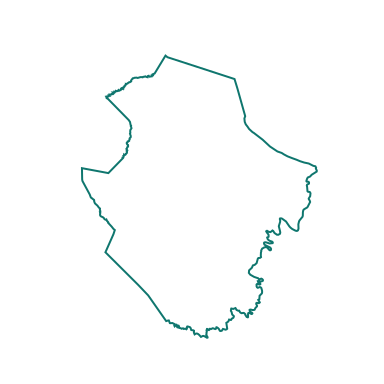 Namwala, Southern, Zambia, rotated 134°
{"feature_id": "96606910B54328368707661", "entity_name": "Namwala", "entity_type": "district", "adm_level": 2, "iso_a3": "ZMB", "parent_name": "Zambia", "parent_adm1": "Southern", "projection": "equal_earth", "projection_center": [26.749, -15.957], "detail": "fine", "context": "isolated", "style": "outline", "palette": "teal", "viewbox_px": 384, "rotation_deg": 134, "n_neighbors": 0, "source": "geoboundaries", "source_scale": "gbopen_adm2", "svg_char_len": 5978}
<svg xmlns="http://www.w3.org/2000/svg" viewBox="0 0 384 384"><g transform="rotate(134 192 192)"><path d="M251.3,287.7L259.3,279.7L260.2,278.4L264.8,263.9L266.1,261.2L266.2,260.0L265.9,259.4L266.0,258.7L265.7,257.1L265.9,256.6L266.4,256.3L267.3,254.7L267.6,253.7L267.5,250.5L267.9,248.3L267.8,246.7L268.9,245.8L269.2,245.0L269.8,244.3L270.1,244.4L270.2,244.0L270.6,244.0L271.3,243.0L271.8,242.8L272.7,241.7L272.8,240.7L272.0,238.3L272.0,237.1L272.3,236.2L272.1,235.2L271.7,234.3L271.3,234.3L271.9,232.9L271.8,232.1L272.0,231.1L272.4,231.0L272.7,225.8L273.1,222.9L273.0,221.1L276.9,219.2L295.5,212.4L296.2,166.2L296.8,151.7L302.8,120.9L301.0,119.9L300.5,119.4L301.7,116.9L301.6,116.6L299.9,115.1L299.1,112.7L300.3,112.1L300.7,111.1L298.2,110.8L298.3,110.0L299.4,109.1L299.5,108.5L299.2,108.0L298.1,108.8L297.5,108.7L297.6,108.2L298.5,106.6L297.8,105.5L297.6,104.5L296.3,103.8L296.2,102.7L295.0,102.0L294.7,100.7L293.9,100.7L292.7,101.8L292.1,102.0L291.7,101.7L290.7,99.7L290.7,98.8L291.8,96.6L290.5,94.8L290.4,94.2L291.9,92.9L292.6,91.2L291.0,90.8L290.3,90.0L289.9,88.9L289.8,87.6L290.0,84.9L288.2,84.3L287.5,83.7L287.0,82.4L286.4,79.9L285.9,79.7L285.5,80.2L284.9,82.5L284.0,82.9L283.4,83.7L282.2,84.3L281.5,85.4L280.1,86.1L279.9,85.9L279.9,84.4L279.6,83.9L279.0,83.8L278.3,84.3L278.0,84.2L277.2,83.0L275.8,82.6L275.3,82.0L274.5,80.1L273.7,79.8L272.4,80.5L272.1,80.3L271.8,78.5L271.9,77.4L272.5,75.6L272.1,74.8L271.1,74.2L269.0,74.6L267.7,72.2L266.7,71.7L265.9,71.7L262.3,76.4L259.9,75.9L258.0,76.7L257.1,75.2L256.8,75.0L255.6,75.4L253.8,74.9L252.6,75.3L252.2,75.7L252.2,78.0L250.8,80.2L250.5,81.5L248.6,82.8L248.3,82.6L247.6,81.2L245.3,80.1L245.9,78.0L245.3,76.3L244.6,75.6L245.1,74.0L245.1,73.2L244.7,72.1L243.3,71.1L242.9,70.4L242.9,68.7L243.3,68.4L243.9,65.9L243.4,64.8L243.0,64.8L240.8,67.0L239.8,67.4L239.2,66.9L238.5,64.5L237.8,64.1L237.3,64.3L237.2,65.1L237.6,66.4L237.6,67.2L237.4,68.0L236.8,68.7L236.4,68.6L235.7,68.0L235.1,66.8L233.9,65.5L233.1,65.2L231.4,65.8L229.2,65.8L228.7,66.1L227.9,68.1L227.3,68.5L226.6,68.3L225.5,66.7L224.4,66.5L224.1,67.1L223.6,69.4L222.3,69.1L219.7,71.3L216.4,71.3L215.3,72.0L214.2,73.2L212.9,75.5L212.9,76.5L213.3,77.2L215.2,78.1L215.4,79.0L215.0,80.0L213.7,81.3L213.0,81.3L212.6,81.0L211.6,79.0L211.1,78.8L210.8,78.8L210.4,79.4L210.4,80.7L210.8,82.1L210.4,82.7L209.4,81.8L208.5,80.3L207.6,79.7L206.5,79.4L205.9,80.1L205.9,81.2L206.2,82.0L208.3,83.1L208.1,84.5L209.9,88.3L211.0,92.6L210.7,94.9L208.7,96.5L204.9,96.3L202.5,97.2L200.9,96.3L198.3,96.1L194.1,98.4L193.3,98.3L192.1,97.3L190.9,97.1L190.0,98.3L187.5,100.5L186.6,100.9L186.0,101.6L184.0,102.2L181.6,101.5L180.2,100.5L179.7,99.1L180.0,96.6L179.9,95.6L179.4,95.1L178.8,95.0L178.0,95.6L177.6,97.0L179.4,102.6L179.5,103.4L179.0,104.4L178.7,104.8L178.0,104.9L177.3,104.4L176.8,103.8L175.1,100.4L172.8,98.5L172.4,98.6L172.1,99.0L172.1,100.0L173.2,102.3L173.4,103.8L173.2,105.1L172.5,106.3L171.1,105.8L170.5,106.2L169.5,107.4L169.1,110.2L168.7,111.3L167.8,111.1L167.3,109.1L166.4,107.8L165.4,107.5L163.8,107.4L163.6,106.6L164.2,104.1L163.7,101.2L162.8,100.2L161.0,99.7L160.0,100.2L159.2,101.2L156.3,105.8L152.2,107.9L151.3,108.7L150.4,110.1L149.9,110.3L149.1,109.7L148.6,108.7L147.9,103.9L149.1,98.1L149.2,96.5L149.0,94.3L148.0,90.9L147.5,89.9L146.6,89.2L145.8,89.2L144.4,89.9L141.3,93.1L139.1,94.4L137.9,94.9L133.0,95.3L132.0,95.9L129.5,98.2L127.8,99.3L126.7,99.4L123.1,98.4L122.3,98.5L117.1,100.1L116.3,101.6L116.1,102.8L115.6,103.5L112.9,104.1L110.6,105.9L110.2,107.0L110.3,107.5L111.2,108.6L111.2,109.5L108.4,112.7L107.5,114.0L106.8,114.3L104.7,113.7L103.9,114.4L103.7,115.2L104.8,116.6L104.8,117.1L104.4,117.5L102.6,118.4L101.2,118.8L98.8,117.8L96.5,117.9L90.7,116.5L89.9,117.1L89.1,119.2L88.3,119.6L87.8,121.1L88.9,122.9L90.4,127.8L92.9,131.8L94.8,135.7L96.2,139.3L98.0,143.3L100.0,148.1L101.1,152.0L101.6,154.6L103.5,158.7L105.1,167.5L105.3,177.5L106.6,189.0L106.9,189.9L107.0,194.7L106.4,197.5L106.0,200.3L104.9,202.8L102.7,205.4L100.5,206.4L85.9,231.4L81.2,239.9L112.1,303.3L112.3,305.8L132.7,301.2L133.6,301.6L134.4,301.3L134.3,301.9L134.7,302.1L135.4,301.4L135.9,301.9L136.1,301.5L136.7,301.2L137.9,302.3L138.4,302.4L138.7,303.0L138.6,303.5L138.9,303.7L138.7,304.0L139.3,304.3L140.2,303.8L140.3,304.3L140.8,304.5L141.3,306.0L141.9,306.1L142.9,307.0L143.7,307.1L143.8,307.5L145.2,308.9L147.7,310.3L148.3,311.4L149.9,312.8L151.1,313.2L151.4,313.6L154.0,313.3L154.4,313.1L154.7,312.6L156.0,312.9L156.7,313.5L157.1,313.4L158.0,313.8L158.7,313.7L159.6,314.2L160.0,314.1L160.2,314.5L160.5,314.1L161.6,314.3L162.0,313.9L163.0,314.2L163.3,313.8L164.0,314.0L164.3,313.6L164.8,313.8L164.9,313.6L164.9,314.2L165.5,314.3L165.7,314.0L165.8,314.6L166.2,314.8L166.5,314.6L166.4,314.2L166.8,314.5L166.9,314.0L167.6,314.3L168.3,314.1L168.6,314.4L169.6,314.7L169.6,315.7L170.1,315.7L170.1,315.4L170.5,315.3L171.8,316.1L171.8,316.4L172.4,316.7L172.4,317.1L173.8,316.8L174.0,316.9L173.7,317.0L173.8,317.2L174.2,317.0L174.2,317.5L174.6,317.3L175.2,317.9L175.2,317.3L175.6,317.3L175.9,316.8L175.8,317.0L176.3,317.2L176.4,316.8L176.5,316.8L177.0,317.3L176.8,317.6L177.1,317.9L177.6,318.0L177.5,317.6L177.9,317.7L178.0,318.1L178.8,318.5L179.3,319.2L179.8,318.8L180.0,318.1L180.2,318.3L180.1,318.7L180.4,319.0L180.5,318.7L181.3,318.5L182.5,319.7L182.8,319.9L182.9,318.6L183.0,318.5L183.5,319.1L183.8,318.6L183.4,317.3L184.2,287.5L184.7,285.2L186.5,282.7L186.5,282.0L187.4,281.5L187.5,280.9L188.2,279.8L190.3,279.4L191.7,278.2L192.3,277.4L193.1,277.2L194.3,274.9L195.3,274.1L196.5,274.2L197.0,274.0L197.4,273.4L198.1,273.3L198.9,272.7L199.8,273.2L200.4,273.0L200.6,273.3L201.6,272.9L201.9,273.1L202.3,272.8L202.8,271.6L202.6,270.7L203.1,270.1L203.5,270.0L203.8,269.5L204.8,269.7L205.6,269.2L206.6,269.1L206.9,267.6L207.7,267.7L208.3,267.0L208.2,266.7L209.1,266.0L210.7,265.9L210.8,266.1L211.4,265.8L211.8,265.9L212.2,266.5L212.5,266.4L212.5,266.7L213.0,266.3L213.8,266.5L214.3,265.6L215.3,265.3L215.5,265.5L215.6,265.2L236.5,265.3L251.3,287.7Z" fill="none" stroke="#0f766e" stroke-width="2"/></g></svg>